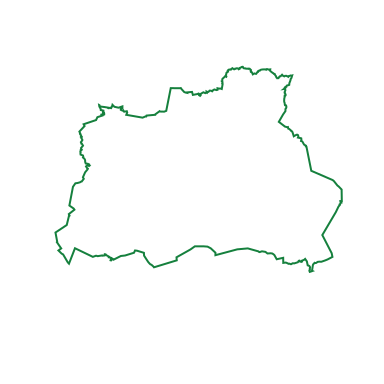 outline of Salvador Escalante, Michoacán, Mexico, rotated 164°
{"feature_id": "50627088B74968068744186", "entity_name": "Salvador Escalante", "entity_type": "district", "adm_level": 2, "iso_a3": "MEX", "parent_name": "Mexico", "parent_adm1": "Michoacán", "projection": "robinson", "projection_center": [-101.725, 19.39], "detail": "fine", "context": "isolated", "style": "outline", "palette": "green", "viewbox_px": 384, "rotation_deg": 164, "n_neighbors": 0, "source": "geoboundaries", "source_scale": "gbopen_adm2", "svg_char_len": 5847}
<svg xmlns="http://www.w3.org/2000/svg" viewBox="0 0 384 384"><g transform="rotate(164 192 192)"><path d="M277.5,287.0L277.1,285.0L283.6,281.1L283.3,279.0L283.6,278.9L283.6,278.5L283.3,278.5L283.0,276.3L283.7,275.6L283.5,275.2L283.2,275.5L282.8,275.2L283.5,274.2L283.0,272.5L283.2,271.9L285.1,270.5L285.0,269.0L284.6,268.9L284.0,266.6L286.6,264.8L286.6,264.0L286.3,263.0L286.9,262.7L287.5,262.9L288.0,261.8L288.2,261.6L288.1,260.9L288.5,260.4L288.8,258.7L287.6,257.8L286.7,257.1L286.8,255.7L287.3,255.2L286.3,253.7L286.0,252.5L286.1,251.4L286.4,250.4L286.3,248.7L284.3,247.8L283.2,246.8L283.2,246.6L283.9,246.2L283.3,245.6L283.8,245.4L284.1,245.8L285.1,246.4L286.8,245.8L286.3,243.9L285.7,243.1L286.2,242.5L289.3,240.4L292.8,236.2L292.4,234.5L295.1,232.5L295.5,232.6L297.0,232.2L299.5,232.2L301.7,232.5L305.0,229.8L313.6,212.8L310.3,208.7L309.9,207.4L316.5,204.7L316.4,203.8L316.7,203.3L316.4,202.9L317.1,202.5L321.5,194.8L334.4,190.7L335.3,181.2L335.7,181.0L333.3,173.8L336.5,172.6L334.3,168.7L333.1,167.5L330.8,158.6L330.0,157.0L320.0,170.2L305.2,157.0L301.8,157.2L300.3,156.3L295.9,155.8L295.8,155.5L293.5,155.1L293.1,156.0L292.7,155.6L292.2,155.8L292.0,155.5L292.0,155.3L292.1,155.2L289.5,152.6L289.9,152.1L287.6,150.8L287.0,149.8L288.1,149.2L288.6,149.5L289.1,148.8L288.6,148.5L287.0,149.4L286.0,149.1L285.9,148.6L278.0,150.1L273.8,149.4L264.5,149.6L262.9,151.5L261.0,150.7L255.0,146.8L255.6,144.0L254.4,140.0L253.4,136.8L252.4,134.7L251.9,133.9L251.0,133.2L249.6,130.9L249.3,130.1L225.5,130.5L224.9,133.5L209.3,137.2L204.2,139.0L195.9,136.6L192.1,135.2L189.5,132.7L186.2,127.2L186.9,124.8L164.3,124.4L153.9,122.4L144.5,116.6L143.9,115.7L143.5,115.6L141.1,115.7L137.9,114.2L136.4,112.1L133.2,111.4L131.7,110.7L130.8,109.6L130.2,108.7L129.1,104.0L122.5,103.6L123.8,98.7L121.6,98.4L120.8,98.0L119.9,97.2L119.6,97.0L119.1,96.4L118.2,96.3L116.8,95.3L116.3,95.3L115.2,95.7L114.6,95.7L113.5,95.2L109.6,95.3L108.5,96.3L107.8,96.5L107.5,96.3L107.5,95.5L107.4,95.4L106.7,95.2L106.3,94.7L105.6,94.7L105.4,94.8L105.2,95.7L102.9,95.9L101.7,96.5L100.7,93.6L101.0,89.6L100.4,89.3L99.6,88.5L99.3,87.5L99.4,86.7L99.9,86.0L100.0,85.1L100.7,84.4L100.9,83.9L100.8,82.8L97.9,82.9L98.3,83.3L95.9,88.5L95.4,89.1L94.1,89.8L94.1,89.5L93.9,89.9L92.3,89.6L90.4,90.2L88.7,89.9L86.9,89.3L83.1,89.5L80.3,89.8L74.9,90.9L74.6,94.7L78.6,114.7L59.3,133.0L55.2,137.6L53.6,138.7L53.8,139.0L53.6,139.4L52.9,139.6L52.2,140.4L52.1,140.7L51.3,140.6L51.2,141.4L51.4,141.4L51.9,141.2L52.0,141.3L52.0,141.8L51.9,142.4L50.5,142.0L47.5,153.1L49.5,156.9L50.4,158.1L52.6,163.4L53.5,164.7L71.5,179.5L69.5,204.0L70.0,204.4L69.7,205.1L71.2,206.7L72.0,210.0L72.5,210.7L73.1,211.0L72.3,212.5L72.2,213.5L75.1,215.1L74.5,215.7L74.4,217.4L74.9,217.8L75.1,218.1L75.5,218.2L76.9,218.0L78.8,217.5L78.9,221.9L79.2,222.7L79.5,222.9L79.6,223.4L79.9,223.5L80.3,224.5L81.3,225.9L82.0,226.4L81.9,228.0L82.6,228.0L84.8,229.4L85.0,229.8L89.2,235.5L83.0,241.5L79.9,244.0L79.3,246.0L78.4,246.7L77.8,247.7L77.7,249.3L78.1,249.7L78.6,249.7L78.7,249.8L78.6,251.1L78.4,252.0L78.5,253.2L78.3,254.2L77.6,256.3L76.9,257.5L76.6,258.6L76.1,258.7L76.1,259.3L75.2,259.5L75.3,261.4L75.6,261.6L75.6,261.8L75.5,262.4L74.3,263.9L74.2,264.1L74.3,264.7L74.1,264.9L74.0,265.5L75.3,265.7L73.8,266.3L74.0,266.8L73.2,267.3L72.3,267.1L71.8,267.9L71.4,268.2L69.5,268.1L69.0,268.2L68.4,269.8L66.7,272.0L66.0,273.4L65.0,274.2L63.6,276.4L64.3,276.4L64.9,276.8L66.8,276.7L67.6,276.2L67.8,276.6L68.0,276.5L69.3,277.7L70.6,278.0L71.4,277.7L72.4,278.5L73.1,279.9L75.0,278.8L75.6,279.0L76.4,278.6L77.5,277.6L78.8,277.9L79.0,278.6L79.3,278.9L79.3,280.1L79.8,281.2L80.0,282.7L80.8,283.0L81.1,283.8L81.6,284.2L83.4,286.7L83.5,287.2L83.0,288.3L84.9,288.6L85.3,289.1L86.1,289.5L86.6,289.5L87.1,289.1L87.6,289.6L88.2,289.8L90.6,290.4L91.8,290.5L92.6,290.5L93.2,290.0L94.1,290.2L94.5,289.9L95.2,289.9L95.4,289.3L95.9,289.4L97.7,287.9L98.3,288.1L99.4,288.8L101.1,288.3L101.4,290.3L101.8,291.4L102.3,291.4L102.2,292.7L101.9,292.7L101.7,293.0L102.6,294.6L103.4,295.0L103.8,294.8L105.0,295.4L106.0,295.6L106.5,296.1L106.9,296.1L108.3,296.8L108.6,298.1L108.8,298.1L108.9,298.4L109.8,298.5L110.6,298.2L111.8,298.1L112.2,297.3L113.3,297.1L113.7,298.1L114.9,298.6L115.2,298.5L116.4,298.7L116.6,298.4L117.7,298.3L119.1,299.9L120.7,299.0L120.9,299.3L121.9,299.1L122.5,299.5L123.2,299.4L123.8,299.1L124.1,298.0L124.6,298.2L124.9,297.5L126.0,297.1L126.6,295.9L127.3,294.9L127.1,293.5L127.3,293.3L128.1,294.2L128.3,294.2L129.1,293.6L131.3,292.5L131.7,292.2L132.1,291.2L132.3,290.1L132.8,290.1L132.5,288.8L132.7,287.9L133.1,287.7L132.9,287.1L135.0,282.8L136.3,283.7L137.5,283.9L138.9,284.7L139.3,283.2L140.3,283.2L142.0,284.2L142.3,284.4L144.1,283.9L144.7,283.2L145.1,283.4L145.9,284.2L147.2,284.6L148.0,284.0L148.8,283.7L149.3,283.7L150.1,284.4L150.1,283.3L150.3,283.1L151.1,283.8L152.0,283.4L153.6,284.7L156.7,283.9L157.0,282.6L157.7,282.2L157.9,282.5L158.0,283.8L158.6,283.6L158.7,284.8L160.0,284.7L164.4,285.1L164.4,288.2L169.8,289.2L169.7,288.8L170.5,289.2L171.9,290.2L173.7,293.8L174.1,295.0L175.1,295.1L183.8,297.7L194.4,277.1L196.6,276.9L200.7,278.2L200.9,278.6L206.3,276.6L206.3,276.4L214.6,278.0L215.1,277.3L215.4,277.5L219.0,277.1L233.9,284.3L232.4,286.2L232.4,287.6L235.1,287.9L235.5,289.3L235.9,289.1L236.3,289.3L237.8,290.6L237.5,291.9L237.0,292.0L235.8,291.7L235.3,293.5L239.4,293.3L243.1,295.3L244.4,297.7L245.1,296.4L245.4,296.1L245.7,296.2L245.9,296.0L245.7,295.9L246.6,294.9L248.9,296.0L249.6,294.8L249.1,296.1L252.5,297.7L256.7,299.5L257.0,299.9L257.0,300.9L257.3,301.2L257.5,299.6L256.9,297.2L257.1,295.9L256.0,295.4L254.8,294.7L255.0,294.3L254.8,294.0L255.0,293.3L255.6,293.4L255.7,292.9L255.1,292.8L255.1,292.5L254.5,292.3L255.2,292.3L255.2,292.0L254.8,292.0L254.9,291.3L257.8,291.4L257.8,291.1L255.0,291.0L255.1,290.7L256.5,290.7L256.7,290.2L262.3,290.0L264.4,287.6L277.5,287.0Z" fill="none" stroke="#15803d" stroke-width="2"/></g></svg>